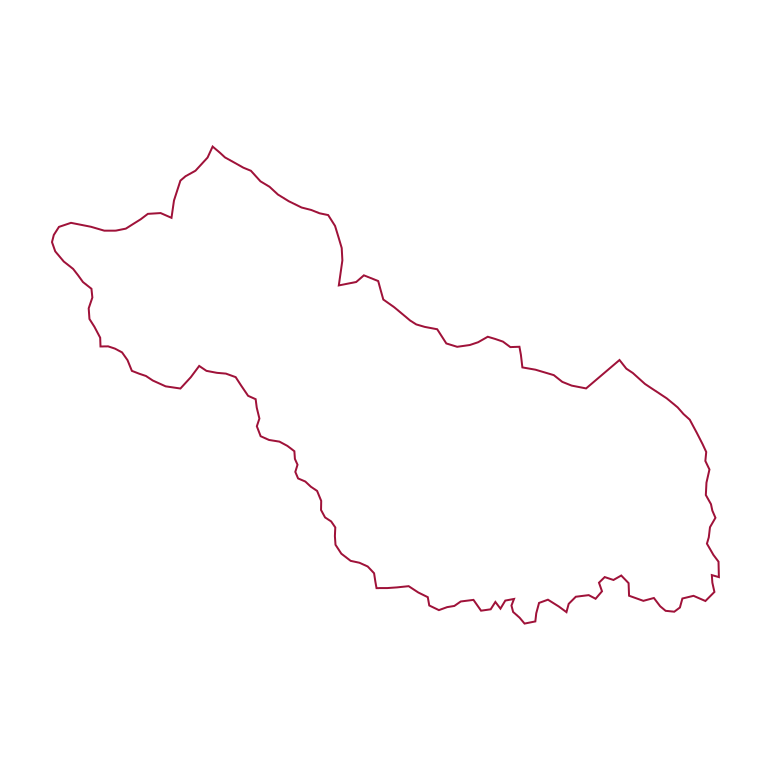 Mandaguaçu, Paraná, Brazil, rotated 86°
{"feature_id": "56859067B52596014738529", "entity_name": "Mandaguaçu", "entity_type": "district", "adm_level": 2, "iso_a3": "BRA", "parent_name": "Brazil", "parent_adm1": "Paraná", "projection": "mercator", "projection_center": [-52.052, -23.286], "detail": "fine", "context": "isolated", "style": "outline", "palette": "rose", "viewbox_px": 768, "rotation_deg": 86, "n_neighbors": 0, "source": "geoboundaries", "source_scale": "gbopen_adm2", "svg_char_len": 2540}
<svg xmlns="http://www.w3.org/2000/svg" viewBox="0 0 768 768"><g transform="rotate(86 384 384)"><path d="M622.9,78.5L614.5,68.9L605.1,70.3L597.5,70.3L600.0,63.4L584.6,62.7L577.5,67.3L565.8,73.0L559.6,70.7L549.6,68.8L540.6,62.7L533.2,65.3L526.7,66.2L517.2,70.7L504.9,69.2L492.0,65.3L483.2,68.8L474.3,67.3L466.2,70.4L454.7,75.3L440.9,81.5L434.9,87.3L427.8,92.7L418.0,103.0L406.6,117.9L402.1,123.7L390.4,135.0L385.6,141.2L376.5,147.4L402.5,182.7L398.7,196.9L394.3,206.0L387.0,214.0L380.3,231.9L377.1,244.8L364.4,245.4L356.3,246.3L356.0,255.4L350.0,262.4L346.8,270.0L344.1,277.2L348.9,287.2L351.1,295.7L352.0,308.4L347.9,319.0L333.1,327.1L329.9,339.3L326.8,347.7L322.5,353.5L314.7,361.6L308.1,368.5L299.7,378.8L290.5,380.7L280.9,382.6L274.2,396.5L280.3,404.6L282.5,422.2L257.8,416.9L245.4,416.7L234.6,419.1L222.9,421.8L211.6,427.9L209.2,436.4L205.3,444.5L202.2,453.9L195.0,466.3L187.6,476.6L179.3,484.4L173.2,493.1L162.0,501.9L158.4,509.2L152.8,517.7L146.9,526.8L141.9,531.5L135.2,538.4L145.8,544.2L158.1,557.2L162.9,567.5L166.9,572.9L186.3,580.7L203.4,584.4L197.9,594.9L197.8,607.7L202.7,615.2L207.0,623.3L211.0,630.7L212.3,640.8L211.5,652.4L206.7,665.4L201.4,685.0L204.6,697.3L212.3,703.0L219.3,705.3L228.8,702.7L239.5,694.9L247.5,686.1L254.2,681.6L261.3,677.2L268.6,669.2L277.4,668.9L287.9,673.3L298.6,673.3L306.7,668.9L318.0,663.9L326.8,664.2L327.2,656.6L329.9,650.0L334.2,643.1L342.3,638.2L353.3,634.6L356.7,627.4L359.4,620.9L364.4,614.4L371.1,602.0L374.3,587.4L363.8,576.3L353.1,567.1L358.5,560.2L361.2,549.9L362.6,541.0L366.8,531.5L375.8,526.5L386.3,520.4L390.2,513.1L398.7,512.6L409.8,510.7L417.3,513.8L427.5,510.7L431.8,502.6L434.2,492.3L439.0,484.7L444.8,478.1L452.5,478.1L458.5,475.9L465.5,478.6L472.2,476.3L475.8,469.3L481.4,464.1L486.0,458.2L496.2,454.8L505.3,455.6L513.0,452.1L517.4,446.3L523.7,442.6L532.3,443.6L541.0,443.6L550.3,438.4L558.1,429.6L560.6,421.0L564.9,413.0L572.1,407.1L580.6,406.4L587.1,405.7L587.8,394.6L587.8,385.3L587.4,373.5L594.4,364.3L599.7,355.2L608.1,354.3L613.4,345.0L611.0,336.6L610.3,329.3L606.3,322.6L605.6,309.8L616.9,303.0L616.2,293.3L609.2,288.1L616.2,283.5L608.5,278.1L607.5,269.3L613.9,272.3L620.4,271.1L626.5,265.1L632.8,260.5L631.4,249.6L623.3,248.1L613.2,244.6L610.6,235.5L618.1,225.2L624.3,217.9L616.2,215.1L609.6,207.5L608.9,194.5L613.0,187.9L606.0,181.0L597.2,183.4L592.0,177.3L595.5,168.8L591.6,160.7L599.7,153.9L612.3,154.3L618.4,140.4L616.3,129.7L625.0,124.0L629.9,118.9L631.4,110.3L627.6,104.4L618.8,101.3L616.9,90.0L622.9,78.5Z" fill="none" stroke="#9f1239" stroke-width="2"/></g></svg>